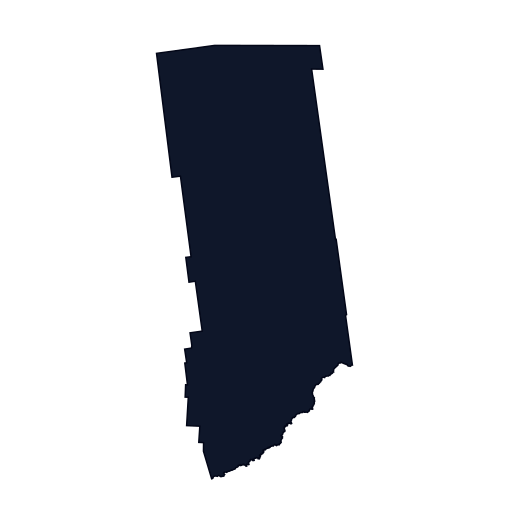 Juan F. Ibarra, Santiago del Estero, Argentina, rotated 262°
{"feature_id": "61730980B19837134975286", "entity_name": "Juan F. Ibarra", "entity_type": "district", "adm_level": 2, "iso_a3": "ARG", "parent_name": "Argentina", "parent_adm1": "Santiago del Estero", "projection": "natural_earth1", "projection_center": [-63.235, -28.039], "detail": "fine", "context": "isolated", "style": "filled", "palette": "ink", "viewbox_px": 512, "rotation_deg": 262, "n_neighbors": 0, "source": "geoboundaries", "source_scale": "gbopen_adm2", "svg_char_len": 5634}
<svg xmlns="http://www.w3.org/2000/svg" viewBox="0 0 512 512"><g transform="rotate(262 256 256)"><path d="M455.5,348.2L470.3,244.4L470.5,185.7L345.7,183.8L345.6,192.3L264.3,191.6L264.4,186.3L239.4,186.0L239.5,192.4L189.1,192.3L189.1,180.0L176.3,180.0L173.8,179.3L173.7,172.4L159.9,172.5L159.9,170.6L137.9,170.2L138.3,168.4L126.1,166.2L125.6,169.3L97.7,163.7L95.3,176.7L79.4,173.4L78.5,178.1L70.0,176.8L41.5,181.1L41.5,181.4L41.6,181.6L42.0,181.9L42.0,182.3L42.2,182.6L42.7,182.7L43.3,183.0L43.7,184.0L43.8,185.3L43.2,187.2L43.5,187.4L43.6,187.6L43.9,188.8L43.6,189.2L43.2,189.4L42.4,190.4L42.4,191.6L42.6,191.9L42.6,192.4L42.5,192.8L42.5,193.5L43.2,193.8L44.0,194.6L44.7,194.2L44.7,193.8L45.1,193.6L45.4,193.6L46.1,193.9L46.2,195.0L46.4,195.2L46.4,196.3L46.3,196.5L46.0,196.4L45.8,196.8L45.9,197.1L46.3,197.1L46.6,197.3L46.5,198.3L46.7,198.6L46.6,199.8L47.4,201.8L47.4,202.1L47.2,202.2L47.3,203.0L47.7,203.8L48.0,204.9L47.9,205.3L48.1,205.7L49.2,206.4L49.4,207.7L50.0,209.0L50.7,209.0L51.1,209.3L51.1,209.9L51.5,210.5L51.4,210.6L51.0,210.7L50.6,211.1L50.9,211.7L51.4,211.8L51.2,212.1L50.7,212.4L50.7,212.8L51.1,212.9L51.3,213.9L51.6,214.1L51.5,215.1L51.2,215.3L51.1,215.2L51.1,214.9L50.9,214.7L50.8,214.8L50.7,215.8L50.4,215.9L50.2,216.1L50.3,216.7L50.1,217.0L49.3,216.8L49.2,216.9L49.3,217.6L49.9,217.6L50.2,217.3L50.6,217.8L51.0,217.9L50.8,218.2L50.8,218.9L50.7,219.0L50.7,219.5L50.4,219.8L50.5,220.0L51.1,219.8L51.8,219.8L52.0,220.0L52.8,219.7L53.4,220.3L53.3,221.0L53.6,221.3L54.5,221.9L54.9,221.9L55.2,222.2L55.2,222.8L54.8,223.4L54.4,223.7L54.9,224.3L53.8,224.6L53.8,225.6L53.9,225.8L54.2,225.8L54.7,225.2L54.8,225.2L54.8,225.6L55.5,225.8L55.9,226.4L55.8,227.7L56.3,228.2L56.0,228.7L56.1,229.2L55.9,229.3L55.9,229.6L55.5,229.7L55.5,230.2L54.9,230.0L54.8,230.5L54.6,231.0L54.8,231.2L55.2,230.9L55.7,231.2L55.8,231.7L56.1,231.7L56.4,232.1L57.1,232.1L57.1,232.5L57.3,232.6L57.6,232.6L58.0,231.8L58.4,231.9L58.5,232.2L58.4,232.4L58.5,232.8L58.5,233.2L58.8,233.7L59.3,233.5L59.3,234.9L59.6,235.0L59.8,235.4L60.3,235.1L60.5,236.1L60.6,236.3L61.1,236.4L61.1,235.8L61.7,236.0L62.5,235.9L62.7,236.0L62.5,236.6L63.0,236.7L63.3,237.5L62.8,237.7L62.7,238.0L62.9,238.5L63.9,239.4L64.0,240.7L64.5,241.0L64.3,241.3L64.7,241.4L64.7,241.5L64.3,242.1L64.2,242.6L64.3,242.7L64.8,242.6L65.0,243.4L64.9,243.6L65.4,243.9L65.5,245.2L65.8,245.6L65.9,245.8L65.7,246.2L65.4,246.5L65.7,247.0L66.2,247.3L66.3,247.8L66.7,248.2L66.8,248.3L66.5,248.7L66.5,248.9L66.0,249.1L65.8,249.5L65.4,249.8L65.5,250.3L65.8,250.5L66.2,250.5L66.3,250.6L66.1,250.9L66.1,251.3L65.9,251.6L65.9,252.3L65.8,252.7L66.0,252.8L66.2,252.5L66.3,252.5L66.6,253.2L66.9,253.2L67.0,254.0L68.1,255.1L68.3,255.1L68.8,254.5L69.0,254.5L69.6,255.1L70.3,255.2L70.7,255.5L71.2,256.0L71.8,256.2L71.9,256.7L72.0,256.8L72.4,256.3L72.6,256.3L72.8,256.8L73.2,256.7L73.5,257.0L74.1,256.3L74.2,255.9L74.6,255.8L75.0,256.4L75.3,257.2L75.5,257.4L75.8,257.6L76.9,257.9L77.1,258.3L78.0,258.7L78.2,259.0L78.0,259.6L78.1,259.9L78.4,260.2L79.4,260.4L80.7,259.9L81.3,260.1L81.7,260.0L81.7,259.9L81.8,259.9L82.1,260.0L82.2,260.4L82.7,260.3L82.9,260.7L83.4,260.9L83.3,261.1L83.1,261.3L83.1,261.5L83.5,261.8L83.5,262.3L83.7,262.1L83.8,262.0L84.3,262.5L83.9,262.8L83.8,263.2L84.1,263.7L84.4,263.8L84.6,263.6L84.6,263.3L85.0,263.4L85.4,263.2L85.7,263.9L85.7,264.8L86.0,265.2L85.6,265.5L85.8,266.4L85.3,266.9L85.0,267.0L84.9,267.3L85.1,267.5L85.2,268.0L85.9,267.9L87.3,267.5L88.2,268.0L88.5,268.3L89.6,268.6L90.1,269.2L90.9,269.7L91.0,270.4L90.7,270.8L90.8,271.6L91.0,271.6L91.0,271.4L91.3,271.4L91.4,272.0L91.9,272.3L91.8,272.8L93.2,273.6L93.6,274.5L94.2,275.3L94.1,276.0L93.8,276.5L94.1,277.2L94.8,277.7L94.6,278.4L94.8,278.9L94.5,279.8L94.8,280.1L94.7,280.7L95.4,281.1L95.2,281.5L95.3,282.1L94.5,282.3L94.4,283.1L94.6,283.6L94.4,283.9L94.3,284.6L94.0,285.0L94.0,285.4L94.5,285.9L94.8,286.2L95.1,286.6L95.0,286.9L95.3,287.3L95.9,287.3L96.2,287.6L96.7,287.8L96.9,288.1L96.8,288.3L96.9,288.9L96.5,290.0L96.4,290.7L96.5,290.9L97.2,290.8L97.9,290.4L98.3,290.8L98.7,290.6L99.1,291.4L99.5,291.4L100.3,292.0L100.7,292.6L101.1,292.7L101.5,293.0L102.2,293.3L103.2,293.2L103.7,293.8L104.0,293.9L104.3,293.9L104.4,293.7L105.4,293.9L106.5,293.7L107.4,294.1L107.8,293.9L107.9,293.7L108.6,293.3L109.8,293.1L109.9,292.9L110.5,292.9L111.1,292.6L111.8,292.6L112.1,292.8L112.3,292.9L113.3,292.7L113.7,293.1L114.1,293.2L114.5,293.7L115.0,293.6L115.4,293.9L116.2,294.1L116.7,294.7L116.8,294.8L117.4,295.3L117.5,295.6L119.5,296.6L119.6,296.9L120.5,298.0L120.5,298.5L120.4,298.6L120.2,299.4L120.3,299.8L121.0,300.2L121.1,300.7L121.4,301.2L122.3,302.0L122.5,302.6L123.4,303.0L123.7,303.6L124.1,303.7L124.3,304.0L124.8,304.0L125.1,303.6L125.3,303.5L125.8,304.2L126.5,304.6L126.5,306.2L126.1,307.0L126.5,307.2L126.9,307.9L127.4,308.4L127.3,309.0L127.1,309.4L127.3,310.1L127.1,311.1L127.6,311.5L127.7,311.8L127.5,312.5L128.0,312.7L128.1,313.2L128.4,313.7L128.9,314.0L129.5,314.0L129.4,314.5L129.1,314.9L129.2,315.2L129.9,315.9L130.5,316.0L130.4,316.7L131.2,316.6L131.6,316.9L132.2,316.9L133.1,317.2L133.7,318.0L134.4,318.4L134.5,319.2L135.0,319.7L135.3,319.9L135.6,320.5L135.9,320.7L135.9,321.1L136.4,321.5L136.5,321.9L138.1,322.5L138.4,322.9L138.3,323.5L138.6,324.0L138.3,324.9L138.5,325.2L138.9,325.3L139.0,325.6L138.5,326.1L138.3,326.7L137.6,327.4L137.5,328.1L137.0,328.4L136.9,328.6L136.8,329.6L136.3,329.8L136.2,330.0L136.3,330.6L136.2,330.8L135.8,331.3L135.5,331.4L135.1,331.2L134.9,331.3L134.1,332.1L134.2,332.8L133.9,333.3L133.6,333.8L133.8,334.5L134.5,335.0L134.7,335.8L134.6,336.3L184.8,336.4L185.3,337.5L261.4,337.7L261.4,337.0L433.4,337.1L431.7,348.3L455.5,348.2Z" fill="#0f172a" stroke="#020617" stroke-width="1.5"/></g></svg>